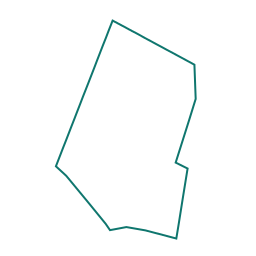 Santa Cruz Papalutla, Oaxaca, Mexico, rotated 9°
{"feature_id": "50627088B11288267250354", "entity_name": "Santa Cruz Papalutla", "entity_type": "district", "adm_level": 2, "iso_a3": "MEX", "parent_name": "Mexico", "parent_adm1": "Oaxaca", "projection": "natural_earth1", "projection_center": [-96.589, 16.954], "detail": "fine", "context": "isolated", "style": "outline", "palette": "teal", "viewbox_px": 256, "rotation_deg": 9, "n_neighbors": 0, "source": "geoboundaries", "source_scale": "gbopen_adm2", "svg_char_len": 1161}
<svg xmlns="http://www.w3.org/2000/svg" viewBox="0 0 256 256"><g transform="rotate(9 128 128)"><path d="M193.1,214.7L193.1,188.5L193.2,158.7L180.5,154.7L187.2,110.2L190.3,88.7L183.7,55.1L167.6,49.4L154.1,44.7L148.8,42.8L143.0,40.8L136.5,38.5L130.4,36.4L123.7,33.9L123.4,33.8L123.1,33.7L122.5,33.5L121.7,33.2L120.8,32.9L120.3,32.7L119.7,32.5L119.0,32.3L118.6,32.2L118.1,32.0L117.6,31.8L117.1,31.7L116.5,31.5L115.9,31.2L115.0,30.9L114.3,30.7L113.7,30.5L113.1,30.3L113.0,30.2L112.4,30.0L111.8,29.8L111.2,29.6L110.6,29.4L110.2,29.2L109.3,28.9L108.8,28.7L108.4,28.6L107.9,28.4L107.4,28.2L106.9,28.1L106.4,27.9L105.7,27.7L105.3,27.5L105.1,27.4L104.9,27.4L104.5,27.3L103.9,27.0L103.5,26.9L103.0,26.7L102.6,26.6L102.0,26.4L101.4,26.2L100.7,25.9L100.1,25.7L99.6,25.5L99.2,25.4L98.5,25.2L97.9,25.0L97.4,24.8L96.8,24.6L96.4,24.4L96.0,24.3L95.4,27.1L93.7,34.7L92.1,42.3L90.2,50.7L86.9,66.0L85.3,73.6L82.0,88.8L80.3,96.5L78.6,104.1L77.0,111.7L75.0,120.9L73.7,127.0L72.0,134.7L68.7,150.0L67.0,157.6L63.7,172.9L62.8,177.1L74.5,184.9L100.2,207.6L121.0,226.2L126.2,231.7L141.9,226.1L161.2,226.4L193.0,229.6L193.1,214.7Z" fill="none" stroke="#0f766e" stroke-width="2"/></g></svg>